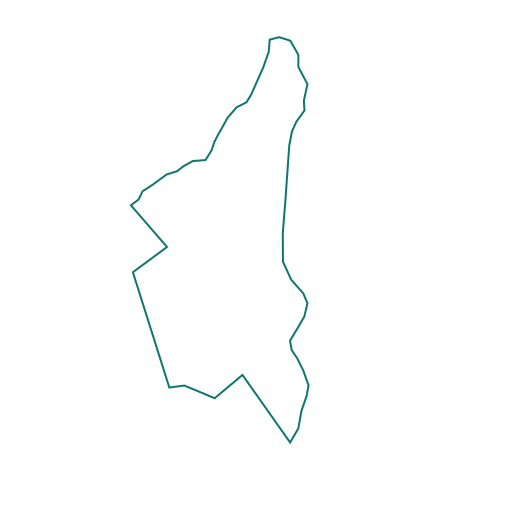 Bernardino Batista, Paraíba, Brazil, rotated 148°
{"feature_id": "56859067B48691162320269", "entity_name": "Bernardino Batista", "entity_type": "district", "adm_level": 2, "iso_a3": "BRA", "parent_name": "Brazil", "parent_adm1": "Paraíba", "projection": "natural_earth1", "projection_center": [-38.57, -6.476], "detail": "fine", "context": "isolated", "style": "outline", "palette": "teal", "viewbox_px": 512, "rotation_deg": 148, "n_neighbors": 0, "source": "geoboundaries", "source_scale": "gbopen_adm2", "svg_char_len": 824}
<svg xmlns="http://www.w3.org/2000/svg" viewBox="0 0 512 512"><g transform="rotate(148 256 256)"><path d="M120.4,429.3L129.7,432.2L137.0,422.4L149.8,412.2L174.3,395.6L182.6,391.4L193.6,392.4L206.8,388.3L215.8,383.3L222.9,379.5L231.0,374.7L237.8,369.1L248.0,364.1L259.2,370.0L269.8,370.6L277.8,369.7L288.6,372.5L306.3,371.2L317.9,371.0L325.4,366.2L335.2,365.2L326.7,310.8L369.0,307.5L399.2,190.4L385.4,184.1L366.4,157.3L330.5,162.3L325.9,79.8L311.5,87.3L299.5,100.6L287.1,110.6L280.0,118.5L276.6,133.7L275.3,147.0L275.6,157.3L272.0,166.2L259.1,172.7L247.1,179.1L237.5,188.5L235.7,198.9L238.7,217.2L236.2,236.8L221.3,261.0L211.1,274.8L203.7,284.7L169.3,332.0L159.6,342.5L150.6,348.5L137.8,353.7L133.2,362.2L121.3,374.5L119.9,393.9L113.5,404.1L112.8,420.4L120.4,429.3Z" fill="none" stroke="#0f766e" stroke-width="2"/></g></svg>